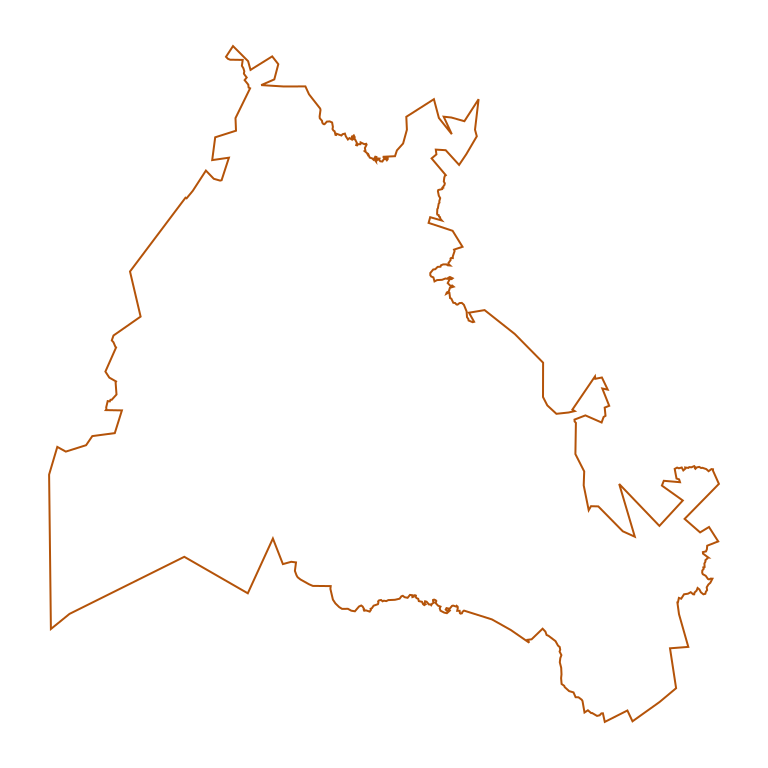 outline of Guanaceví, Durango, Mexico
{"feature_id": "50627088B82205193577486", "entity_name": "Guanaceví", "entity_type": "district", "adm_level": 2, "iso_a3": "MEX", "parent_name": "Mexico", "parent_adm1": "Durango", "projection": "orthographic", "projection_center": [-105.88, 26.044], "detail": "fine", "context": "isolated", "style": "outline", "palette": "amber", "viewbox_px": 768, "rotation_deg": 0, "n_neighbors": 0, "source": "geoboundaries", "source_scale": "gbopen_adm2", "svg_char_len": 6093}
<svg xmlns="http://www.w3.org/2000/svg" viewBox="0 0 768 768"><path d="M69.5,613.9L184.3,556.8L247.8,593.3L272.9,538.5L282.9,564.1L291.2,561.8L296.0,562.4L294.9,570.9L296.6,575.5L297.7,577.3L300.5,579.5L309.1,584.3L312.8,585.9L330.7,586.1L330.4,588.9L332.9,599.6L335.4,603.4L339.2,607.1L342.1,608.9L347.9,608.8L351.3,610.7L354.9,611.3L359.0,606.5L361.2,605.5L362.6,606.5L364.1,609.1L363.7,609.7L364.2,610.7L366.0,610.4L369.7,611.6L370.9,609.9L370.6,608.8L371.9,608.2L373.6,605.7L377.9,604.2L378.4,602.7L378.1,601.4L379.0,600.4L381.1,600.0L382.6,601.3L383.9,600.7L386.3,601.1L388.3,600.1L394.9,599.8L399.6,598.7L401.4,596.3L402.8,595.8L404.6,597.2L407.6,597.8L410.0,594.9L412.1,595.2L412.4,597.1L413.6,596.7L413.5,595.5L414.9,595.2L415.9,595.6L415.7,596.8L416.5,598.1L418.2,598.8L418.8,601.1L422.0,601.8L423.1,604.2L424.3,605.1L425.5,604.3L424.6,603.8L425.1,601.3L426.6,601.7L429.0,604.5L430.5,604.4L431.2,605.2L432.1,603.7L434.0,602.5L433.0,601.0L433.1,599.9L434.1,599.6L435.6,600.2L436.3,601.0L435.7,603.1L438.1,605.7L440.5,606.6L439.7,608.3L440.5,610.7L444.2,612.6L446.9,613.2L449.9,610.5L449.4,609.9L447.0,610.9L445.7,609.6L446.5,608.1L449.6,608.8L452.0,605.9L453.1,605.6L456.4,606.6L456.7,605.9L457.6,606.6L457.8,608.0L457.2,610.8L459.6,610.8L459.9,613.1L460.5,613.6L461.9,613.3L462.6,611.7L464.0,610.6L491.9,619.4L510.8,630.0L529.2,642.7L527.7,639.8L531.6,639.3L542.6,628.7L545.4,631.6L546.6,635.0L548.5,635.8L555.5,641.1L558.0,645.6L559.7,647.0L560.2,649.7L559.6,651.6L561.4,655.1L560.3,658.1L559.8,662.3L561.2,667.8L561.5,674.4L561.1,678.1L561.6,684.0L564.2,685.8L564.7,687.1L569.1,691.1L573.5,692.4L575.6,697.2L578.5,697.3L581.7,699.7L582.5,701.0L584.5,712.5L587.9,710.3L591.2,713.1L592.1,713.0L597.0,715.9L599.6,715.3L601.4,713.4L602.9,713.3L604.8,721.9L627.4,710.5L632.5,721.3L659.7,701.9L676.1,688.2L670.0,648.3L688.3,646.9L679.0,614.2L677.4,602.5L677.9,602.5L678.9,597.9L681.2,598.7L684.0,594.3L688.0,593.7L690.7,592.2L693.2,594.3L694.2,594.3L694.6,592.5L696.6,590.6L697.6,588.0L699.4,589.4L700.9,592.3L703.4,594.3L705.3,593.8L705.9,591.7L707.1,590.1L706.7,587.3L708.4,584.5L710.3,582.8L712.4,578.7L710.7,578.6L709.0,579.4L708.0,579.0L705.7,575.8L702.8,574.2L702.2,572.8L702.3,570.5L703.7,568.8L703.3,567.4L704.6,567.0L704.4,563.5L705.4,561.7L705.4,560.2L707.3,558.5L707.5,557.6L708.4,557.6L703.0,553.6L702.9,552.1L706.0,551.4L706.9,549.2L707.2,545.7L718.2,541.4L709.0,527.0L700.1,532.4L684.6,518.9L718.9,483.9L712.9,470.5L713.0,469.3L711.4,469.1L708.6,471.2L706.3,469.1L702.4,467.8L701.1,468.0L699.2,466.9L696.8,467.4L695.4,468.8L694.9,468.2L694.9,466.8L694.2,466.1L691.5,467.3L689.2,467.1L688.4,467.9L685.2,467.5L685.4,468.6L683.3,470.4L681.7,467.5L678.9,468.3L677.1,467.6L674.7,468.9L676.5,478.5L679.1,479.4L680.0,482.2L663.8,480.8L661.9,485.6L682.8,500.5L659.4,525.9L619.2,484.0L634.8,536.7L622.8,531.3L598.3,506.4L591.0,506.2L588.7,510.2L583.7,485.4L584.2,471.4L575.4,454.1L575.9,422.9L574.6,421.4L574.5,419.6L585.4,415.4L601.6,422.5L603.6,417.0L605.5,415.8L604.7,407.6L609.2,405.8L602.3,388.5L607.7,389.6L601.9,377.5L595.3,378.8L595.0,376.4L572.4,409.6L574.7,411.1L568.6,412.5L556.4,413.8L547.3,405.4L543.0,397.0L543.1,362.7L514.9,334.1L484.6,310.1L469.0,312.7L474.1,321.8L472.7,322.2L468.6,320.5L468.3,319.0L467.0,317.1L466.6,311.4L463.9,304.8L461.8,302.9L459.5,303.1L457.6,304.6L456.5,304.5L455.1,303.0L453.3,302.8L451.3,298.6L450.1,298.1L449.4,292.8L448.5,292.6L446.3,293.8L446.8,292.5L448.8,291.4L449.9,287.8L453.6,286.7L452.1,285.5L450.7,286.1L447.7,283.1L449.8,279.0L451.6,279.1L452.6,278.3L449.9,277.0L448.1,277.9L447.6,278.8L445.4,278.5L442.1,279.8L437.0,280.1L434.5,281.4L433.4,277.4L431.2,276.5L430.3,275.2L430.3,273.0L433.2,269.5L435.3,269.2L437.6,266.9L440.5,266.7L441.0,265.3L443.2,264.4L446.4,264.4L447.7,265.3L450.1,265.5L448.7,264.2L448.4,263.1L450.6,260.1L450.5,258.5L451.1,258.0L452.8,258.1L452.8,256.4L454.6,251.0L454.0,249.6L462.5,246.8L452.6,230.8L428.6,222.9L430.2,217.2L441.8,220.5L440.5,219.0L439.9,217.0L439.0,216.5L438.7,215.1L437.4,214.7L437.1,213.9L437.3,209.1L437.9,208.2L438.7,203.6L439.5,202.6L439.3,201.2L440.2,198.1L438.8,195.7L437.9,191.1L438.3,190.0L442.2,189.1L442.3,187.8L443.3,187.7L443.2,186.6L444.5,184.9L444.8,183.3L443.8,181.5L444.3,177.5L444.9,175.8L445.8,175.2L431.6,158.4L436.4,154.4L435.8,149.6L445.7,150.2L459.1,164.9L466.3,154.2L476.8,136.3L475.0,129.7L478.6,99.2L464.4,121.2L451.3,117.5L443.7,116.7L451.8,134.2L438.9,118.0L433.9,99.2L406.3,116.8L406.9,129.7L403.1,143.5L396.9,150.4L395.0,156.2L382.7,156.8L387.7,158.1L387.7,159.2L386.9,160.2L386.3,159.3L383.8,159.1L382.4,161.5L380.3,161.3L379.1,159.9L379.5,158.6L378.4,158.5L376.9,160.4L375.7,160.1L375.9,161.4L375.2,160.5L375.2,159.3L376.7,158.7L376.5,157.0L375.3,156.7L373.5,159.7L372.2,158.4L369.7,157.6L368.4,154.5L368.0,155.0L366.9,153.0L364.6,151.1L365.4,150.7L364.9,148.0L366.6,144.7L366.2,143.8L364.4,144.2L360.6,142.4L360.4,144.2L358.1,144.2L357.1,145.4L356.2,145.1L356.9,143.0L355.2,139.6L354.4,139.3L354.7,137.1L353.8,135.4L352.4,136.6L352.9,137.5L352.5,138.9L351.7,137.6L351.3,139.2L349.4,138.1L347.9,139.5L345.8,136.3L344.9,133.6L342.6,134.2L341.4,135.5L336.6,133.8L336.1,135.0L335.5,134.9L334.6,131.3L333.4,130.5L332.5,129.0L332.9,126.9L332.1,122.5L329.7,121.4L326.9,121.6L324.5,124.2L323.5,124.1L322.3,122.7L322.0,120.8L319.8,118.3L319.6,116.5L320.5,110.0L320.2,108.6L309.0,94.3L305.4,86.4L284.0,86.5L261.2,85.1L274.3,79.4L278.3,64.2L272.2,56.4L250.5,69.9L248.1,61.2L233.0,46.1L226.0,56.8L227.9,58.8L230.1,59.7L242.7,59.9L241.9,65.8L243.4,68.3L244.3,71.3L243.9,73.4L244.2,74.2L246.7,77.5L244.6,80.1L248.3,84.7L248.6,87.5L250.1,88.3L235.5,118.1L236.0,130.7L215.2,137.3L212.2,160.1L228.9,157.7L221.6,180.2L220.1,180.6L213.8,178.8L205.9,170.6L192.8,190.8L186.6,198.3L185.5,197.7L130.0,271.5L140.6,316.6L113.5,335.5L111.8,340.4L113.5,342.3L115.4,346.8L116.1,347.4L105.4,371.6L109.3,377.6L116.1,381.5L115.6,382.5L116.5,394.5L111.7,399.8L110.5,399.8L109.8,401.4L107.7,401.1L106.2,407.4L106.4,409.2L105.8,410.1L121.9,410.4L114.8,433.1L92.3,436.1L86.1,445.2L65.8,451.6L57.3,446.9L49.1,474.6L50.9,629.0L69.5,613.9Z" fill="none" stroke="#b45309" stroke-width="2"/></svg>